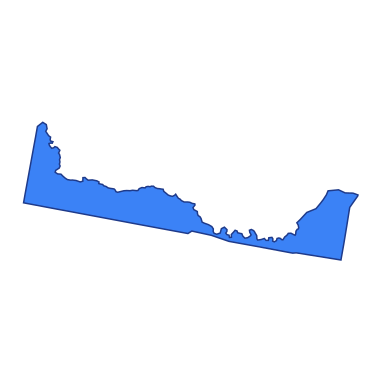 outline of Abaji, Federal Capital Territory, Nigeria, rotated 280°
{"feature_id": "59680162B29524904273451", "entity_name": "Abaji", "entity_type": "district", "adm_level": 2, "iso_a3": "NGA", "parent_name": "Nigeria", "parent_adm1": "Federal Capital Territory", "projection": "natural_earth1", "projection_center": [6.872, 8.857], "detail": "fine", "context": "isolated", "style": "filled", "palette": "blue", "viewbox_px": 384, "rotation_deg": 280, "n_neighbors": 0, "source": "geoboundaries", "source_scale": "gbopen_adm2", "svg_char_len": 2799}
<svg xmlns="http://www.w3.org/2000/svg" viewBox="0 0 384 384"><g transform="rotate(280 192 192)"><path d="M216.8,325.8L212.4,324.8L209.7,323.6L207.5,322.7L203.8,320.8L197.1,317.0L191.8,308.6L183.6,303.3L182.1,302.2L179.9,300.6L177.9,302.3L175.3,303.3L174.1,303.1L173.5,302.1L171.5,301.2L168.4,301.4L167.3,301.0L167.7,299.5L168.6,296.6L168.0,294.0L166.3,293.2L164.9,292.1L163.8,291.1L162.1,290.4L160.7,289.8L160.7,288.3L161.6,287.4L161.8,285.5L161.0,283.8L158.8,283.6L157.2,281.7L157.6,280.0L159.9,279.8L161.2,278.6L160.3,275.6L157.6,275.6L157.2,273.3L158.8,271.3L157.2,268.4L156.1,265.0L157.4,263.9L158.7,263.7L160.3,263.3L162.5,261.4L163.9,260.3L164.7,259.3L165.4,256.9L164.3,255.2L162.3,255.9L160.1,257.6L159.0,257.2L156.7,254.8L155.7,252.1L157.4,249.7L159.6,248.3L159.6,246.6L159.8,244.0L161.4,243.2L161.8,241.1L159.6,239.8L157.0,238.1L154.3,238.7L153.7,236.8L155.9,236.0L156.1,233.8L157.4,232.4L159.2,233.2L161.0,233.0L163.0,230.0L161.0,227.3L156.5,226.9L154.7,223.7L155.2,220.9L156.8,219.7L159.4,219.4L161.4,217.5L162.7,213.9L163.4,209.7L164.1,207.2L167.5,205.5L169.0,204.2L169.9,202.1L171.5,201.2L173.7,200.6L175.0,196.8L176.8,195.7L179.7,197.2L180.8,196.8L180.8,194.2L181.5,191.7L181.4,189.4L180.8,186.0L181.7,183.0L182.8,181.7L183.5,179.6L185.2,177.9L187.0,176.3L185.8,175.5L184.3,173.5L184.4,171.5L184.8,169.2L186.5,166.3L187.7,164.1L189.7,163.1L189.6,161.0L189.6,159.1L189.4,157.4L189.9,154.8L191.0,153.1L190.7,151.0L189.9,149.7L189.9,147.8L189.2,145.9L187.9,145.1L187.7,141.9L186.1,139.4L184.1,138.5L183.7,137.2L183.4,133.2L182.5,130.7L182.1,127.5L181.4,124.7L178.8,118.8L179.2,116.9L180.3,116.3L181.4,115.0L181.5,113.7L181.4,111.0L181.5,108.6L182.5,106.5L182.8,104.0L183.9,102.7L183.9,101.0L184.1,98.7L185.7,98.7L186.5,96.3L186.6,91.7L185.6,87.7L186.6,85.7L187.7,84.1L187.2,82.1L183.7,82.6L182.5,80.2L183.2,75.8L183.0,72.0L182.6,70.5L182.6,67.1L183.7,64.6L185.4,61.8L186.8,59.9L186.5,56.5L187.7,53.8L189.6,54.0L192.5,57.1L194.7,57.6L196.5,56.5L197.4,56.7L198.7,56.7L200.9,55.9L203.0,56.3L206.0,55.0L207.2,53.8L208.3,54.2L210.2,54.6L211.2,53.1L212.5,51.6L212.9,49.1L211.6,48.2L210.7,46.3L212.0,44.6L213.6,43.2L214.9,42.7L215.6,44.2L215.8,45.9L217.4,46.3L217.6,44.0L218.9,43.2L221.5,43.2L222.4,41.3L223.1,40.5L226.4,37.4L229.1,38.3L233.1,36.8L234.7,32.9L229.7,28.4L227.2,28.4L219.3,28.4L208.7,28.3L160.9,28.0L155.6,28.0L152.1,28.0L151.7,61.0L151.6,73.6L151.0,130.6L150.9,138.7L150.6,172.1L150.4,195.2L153.5,198.6L152.7,218.6L149.8,236.9L149.7,259.4L149.7,261.0L149.3,299.4L149.3,301.8L150.2,305.3L150.9,350.5L155.5,350.5L165.5,350.5L167.6,350.5L167.9,350.5L186.0,350.3L197.5,350.1L204.2,350.0L206.6,351.1L216.8,355.9L217.9,356.0L218.5,352.8L218.8,351.0L218.7,349.8L218.3,347.3L217.7,343.0L219.6,335.9L219.0,333.8L216.8,325.8Z" fill="#3b82f6" stroke="#1e3a8a" stroke-width="1.5"/></g></svg>